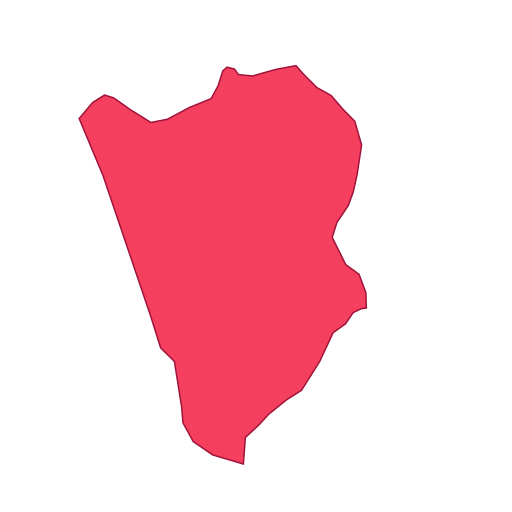 the district of Västerås, Västmanland, Sweden, rotated 74°
{"feature_id": "70781695B76106000376718", "entity_name": "Västerås", "entity_type": "district", "adm_level": 2, "iso_a3": "SWE", "parent_name": "Sweden", "parent_adm1": "Västmanland", "projection": "equal_earth", "projection_center": [16.566, 59.665], "detail": "fine", "context": "isolated", "style": "filled", "palette": "rose", "viewbox_px": 512, "rotation_deg": 74, "n_neighbors": 0, "source": "geoboundaries", "source_scale": "gbopen_adm2", "svg_char_len": 811}
<svg xmlns="http://www.w3.org/2000/svg" viewBox="0 0 512 512"><g transform="rotate(74 256 256)"><path d="M336.4,164.2L321.5,160.5L302.0,162.0L289.0,172.1L259.1,177.6L246.1,169.0L233.1,153.5L221.3,144.9L205.7,136.4L178.4,123.9L153.7,123.9L139.4,131.7L122.5,139.5L110.8,151.1L93.8,160.5L84.0,165.1L82.1,185.4L82.0,199.4L82.0,209.6L76.8,222.9L70.3,225.2L66.5,231.7L68.9,236.9L81.9,245.5L92.3,255.7L94.9,279.3L100.1,303.6L98.7,320.2L80.4,336.7L64.7,349.3L59.5,357.2L63.4,370.7L74.8,387.6L75.1,388.1L136.5,380.9L285.3,373.8L317.9,373.0L320.3,371.7L334.9,363.5L380.6,369.1L396.2,372.2L417.1,367.5L435.3,352.5L452.5,325.5L427.5,316.2L418.8,299.1L411.5,287.3L402.7,266.3L397.6,249.2L375.0,223.9L351.0,203.0L345.9,188.7L337.2,178.2L335.7,169.6L336.4,164.2Z" fill="#f43f5e" stroke="#9f1239" stroke-width="1.5"/></g></svg>